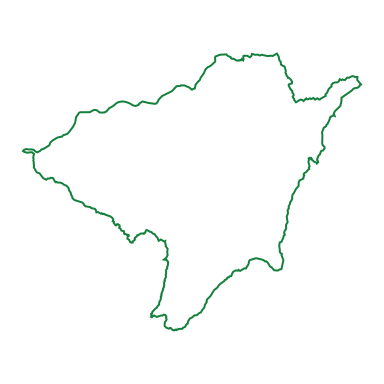 the district of Rovira, Tolima, Colombia
{"feature_id": "7082276B59916866307322", "entity_name": "Rovira", "entity_type": "district", "adm_level": 2, "iso_a3": "COL", "parent_name": "Colombia", "parent_adm1": "Tolima", "projection": "robinson", "projection_center": [-75.359, 4.193], "detail": "fine", "context": "isolated", "style": "outline", "palette": "green", "viewbox_px": 384, "rotation_deg": 0, "n_neighbors": 0, "source": "geoboundaries", "source_scale": "gbopen_adm2", "svg_char_len": 5923}
<svg xmlns="http://www.w3.org/2000/svg" viewBox="0 0 384 384"><path d="M166.3,257.7L164.0,259.6L166.6,259.9L168.2,262.0L167.8,265.7L167.1,267.0L167.3,268.4L166.5,269.2L166.1,270.3L166.1,273.7L165.7,274.7L166.0,276.8L164.6,279.9L164.9,280.7L164.4,281.0L164.5,281.9L164.0,283.1L164.3,285.0L163.8,285.7L164.0,286.9L162.9,288.9L163.2,289.5L162.4,290.8L162.4,291.6L161.7,292.7L161.7,293.9L161.2,294.6L161.5,295.8L160.8,296.5L161.0,297.5L160.6,299.7L159.2,302.3L159.1,304.7L157.5,306.1L156.9,307.6L155.5,308.5L152.4,311.8L152.0,313.6L151.1,313.9L151.5,315.9L151.1,316.8L152.0,317.2L153.3,315.7L153.9,315.5L157.0,316.9L161.0,315.5L162.6,315.6L164.0,314.6L165.5,315.1L166.4,316.8L166.0,317.9L166.6,319.2L166.3,320.3L164.8,322.2L164.6,325.9L166.5,327.8L169.0,328.7L169.9,328.0L170.8,328.0L172.4,329.9L174.1,330.4L174.9,329.8L176.1,330.1L176.3,329.5L177.4,329.7L178.4,329.0L182.4,328.8L182.9,327.8L184.9,327.0L186.8,323.9L187.6,323.7L188.1,321.3L189.9,318.5L192.2,317.4L194.3,315.4L196.8,315.2L199.5,312.9L200.8,312.5L202.4,309.8L204.4,307.4L204.8,305.1L206.8,301.8L206.7,300.1L207.1,299.4L210.4,296.2L214.1,290.1L217.3,287.6L218.9,285.2L220.9,283.4L224.2,281.1L224.8,280.0L226.6,279.2L227.3,277.6L228.8,277.4L229.6,276.3L231.2,276.1L232.8,272.2L234.4,271.0L235.9,270.4L237.6,270.7L238.6,269.9L239.2,270.7L240.4,270.8L244.0,268.5L246.1,268.4L246.7,266.7L247.3,266.4L248.6,263.8L249.1,261.0L250.0,260.0L256.1,258.2L262.1,259.6L264.1,260.5L265.1,261.5L266.3,261.3L267.7,262.7L270.2,266.7L271.6,267.3L274.1,270.2L277.8,270.6L279.5,269.5L281.4,269.2L283.4,260.2L281.5,255.1L282.0,254.1L280.4,252.8L279.7,251.7L279.9,250.3L279.2,245.9L279.7,242.5L281.4,241.9L283.3,237.7L283.6,236.0L284.8,234.9L284.1,232.8L284.8,230.6L286.1,229.0L286.1,224.7L287.6,222.3L286.7,216.8L288.0,213.0L287.6,210.4L288.9,208.1L288.6,206.6L289.9,204.0L290.1,202.4L291.1,201.2L292.3,198.7L292.1,197.5L292.5,194.8L294.0,192.8L296.0,188.9L298.5,186.2L298.7,182.4L299.6,180.4L303.4,178.6L303.5,176.7L304.3,175.7L303.6,174.8L304.3,173.1L306.1,172.2L308.3,169.5L309.2,169.0L308.9,167.5L309.6,166.5L308.4,161.6L309.0,159.9L308.6,158.4L310.0,157.7L311.3,158.0L311.7,158.6L311.2,159.4L313.1,160.6L313.8,161.6L316.5,162.7L316.9,163.5L318.2,162.2L317.6,160.4L317.1,160.0L317.2,158.9L318.6,155.5L319.9,154.4L321.0,151.2L321.7,150.7L323.0,150.6L324.6,148.5L324.6,147.1L322.8,145.2L322.2,143.7L322.4,135.2L322.0,132.5L323.8,127.7L326.2,126.2L326.5,124.8L327.6,123.8L329.1,120.6L330.5,116.7L331.4,116.6L333.2,115.3L334.6,115.9L333.8,113.5L334.8,111.3L340.3,106.0L341.5,100.8L341.4,97.8L351.7,90.6L353.4,88.8L354.6,88.2L357.6,87.7L359.3,86.4L359.9,85.2L361.0,84.5L357.2,79.9L357.4,77.0L355.1,77.0L353.3,76.2L351.5,76.4L349.0,77.8L347.2,77.6L345.0,80.0L343.6,79.9L342.6,79.4L341.3,80.1L339.7,79.2L338.9,81.2L337.7,82.3L334.7,82.5L333.0,83.1L331.5,84.9L331.5,86.5L328.8,88.8L327.0,92.9L325.5,94.4L325.7,95.9L320.6,98.7L319.9,99.5L318.9,99.5L317.4,98.3L315.0,99.6L313.4,97.9L311.3,99.1L310.0,98.3L307.8,99.4L306.8,99.2L306.2,98.4L303.5,101.0L302.1,99.9L300.3,99.6L296.0,102.3L294.3,100.2L294.2,98.8L293.2,97.8L292.7,96.6L293.7,95.2L293.3,93.8L292.4,92.8L292.3,91.0L291.6,90.5L291.3,89.7L290.5,89.4L288.6,85.3L289.0,84.3L291.9,83.4L292.1,81.8L290.7,79.4L288.9,77.9L288.0,77.9L287.7,76.8L286.5,75.6L286.2,74.0L285.5,72.9L285.8,70.9L284.8,67.1L284.4,66.4L282.9,65.9L280.9,64.5L280.7,61.6L279.5,60.7L278.6,56.4L276.9,53.6L272.6,56.0L270.6,55.7L267.6,56.1L262.3,54.9L261.1,54.9L259.8,55.5L257.6,54.6L255.1,54.8L252.0,53.9L251.4,55.9L250.1,57.3L247.2,55.8L244.1,55.7L243.3,56.2L243.5,59.6L243.1,60.4L241.8,59.0L241.0,60.2L240.5,60.0L239.8,60.5L239.1,60.1L238.4,60.6L236.6,60.5L233.2,58.6L232.2,58.9L231.1,58.4L230.8,57.3L227.5,55.7L226.4,54.4L220.2,54.7L215.4,56.5L215.1,57.5L215.2,61.6L210.9,65.6L207.4,67.5L205.4,69.5L203.8,73.4L200.7,77.7L199.8,80.1L198.1,81.6L195.6,84.7L194.8,88.5L194.5,88.7L193.3,88.8L192.0,89.7L189.4,87.6L184.4,85.4L180.8,85.4L180.0,86.0L176.6,86.2L172.0,91.1L162.0,96.1L158.7,99.6L157.4,102.4L156.2,103.6L154.7,103.8L149.3,103.1L142.4,101.5L139.4,103.5L138.4,105.0L135.5,106.0L133.3,105.5L129.7,103.4L127.2,102.4L123.7,101.5L121.5,101.5L118.2,102.2L116.2,103.4L112.9,106.2L109.2,108.2L106.4,111.5L104.1,112.5L99.7,112.5L97.1,110.5L95.7,109.9L93.5,110.1L89.8,112.2L80.8,112.2L79.2,112.6L76.1,117.1L75.1,122.8L73.1,126.7L68.2,133.1L67.2,133.9L62.9,135.4L62.1,136.6L57.9,137.4L55.8,138.5L52.7,140.4L50.3,142.6L49.4,145.1L48.7,145.7L44.0,148.6L41.5,149.5L40.1,150.9L37.3,152.3L35.6,151.6L33.6,149.8L31.7,149.4L28.9,149.5L26.4,149.0L24.2,149.8L23.0,151.0L24.4,152.0L27.1,152.7L31.8,152.2L34.0,153.9L33.2,157.4L33.6,159.3L33.3,160.8L33.8,162.0L33.7,164.0L34.1,165.1L33.8,167.3L36.4,171.9L37.4,172.7L39.6,173.4L43.2,178.2L46.3,179.7L47.6,178.6L49.7,178.5L50.6,177.8L52.8,178.0L53.4,178.4L53.6,179.3L55.4,182.2L56.5,181.9L57.2,182.5L60.1,182.6L62.4,183.4L63.9,184.7L66.4,185.7L68.2,187.5L68.8,188.7L68.8,190.0L70.7,192.7L71.1,194.8L72.2,196.5L72.4,198.1L74.6,200.1L82.3,202.5L84.0,204.4L84.1,205.1L85.5,206.3L90.3,207.1L91.3,208.1L94.8,208.8L95.8,210.0L96.4,212.4L98.0,212.1L100.6,213.6L101.7,213.2L102.3,214.0L102.9,214.2L103.9,213.7L105.9,215.0L106.7,215.0L107.2,215.4L109.8,216.1L112.4,217.9L113.3,219.8L112.7,221.1L113.9,221.7L113.7,222.9L115.5,225.3L116.0,225.4L117.2,224.1L118.0,224.2L118.2,224.7L119.4,225.1L119.8,226.1L119.1,227.8L120.4,228.6L121.4,230.6L123.9,231.2L124.1,233.3L124.5,234.1L125.5,233.9L126.6,234.8L127.9,234.6L128.6,235.0L128.8,235.8L127.7,236.4L127.4,238.7L129.1,239.8L130.2,242.2L131.7,242.7L132.7,242.5L132.6,241.4L134.5,240.2L134.9,239.4L134.6,238.5L134.9,237.8L136.7,236.4L137.3,235.2L138.1,235.3L140.6,233.6L142.7,233.4L143.8,233.9L144.5,232.8L145.2,232.7L146.0,230.4L146.8,230.0L149.9,231.7L151.7,232.2L152.5,233.4L154.9,234.4L155.9,236.2L157.3,237.4L158.7,240.8L160.9,239.5L164.1,241.5L165.2,241.1L165.0,242.1L165.9,245.5L165.7,246.1L167.7,249.0L167.2,251.5L167.6,255.3L166.3,257.7Z" fill="none" stroke="#15803d" stroke-width="2"/></svg>